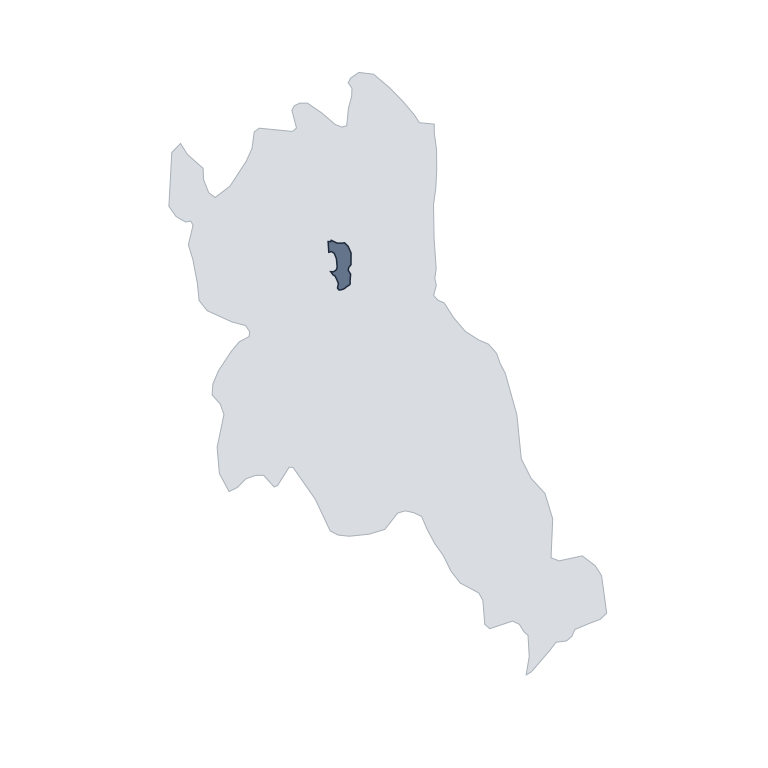 where Dobrova-Polhov Gradec sits in Slovenia, rotated 80°
{"feature_id": "SVN-204", "entity_name": "Dobrova-Polhov Gradec", "entity_type": "Municipality", "adm_level": 1, "iso_a3": "SVN", "parent_name": "Slovenia", "parent_adm1": "", "projection": "natural_earth1", "projection_center": [14.336, 46.06], "detail": "fine", "context": "in_parent", "style": "filled", "palette": "slate", "viewbox_px": 768, "rotation_deg": 80, "n_neighbors": 0, "source": "natural_earth", "source_scale": "10m", "svg_char_len": 2345}
<svg xmlns="http://www.w3.org/2000/svg" viewBox="0 0 768 768"><g transform="rotate(80 384 384)"><path d="M695.2,294.5L677.6,288.3L656.5,285.8L652.5,289.1L644.1,292.5L639.8,298.5L643.3,322.4L638.2,326.5L614.2,324.2L606.3,326.9L593.3,343.5L580.0,350.5L563.0,355.5L550.5,361.5L534.6,366.8L521.1,369.9L515.8,377.2L512.6,385.2L513.5,393.0L527.3,408.3L529.3,424.7L527.9,444.7L524.8,455.4L519.4,462.5L485.5,471.7L450.3,488.1L449.5,491.9L465.6,506.5L466.3,510.1L453.0,518.4L451.7,526.7L453.3,536.4L460.4,546.3L463.0,555.2L443.6,561.7L417.3,559.3L386.2,546.9L375.4,548.7L364.8,555.2L354.0,552.4L342.2,544.7L325.4,528.8L317.2,519.1L313.9,508.7L309.3,507.1L302.4,510.2L296.6,522.8L281.1,545.4L269.7,551.6L252.4,550.3L228.1,550.6L213.0,552.5L194.5,544.5L190.0,546.0L190.0,551.3L183.1,559.6L171.7,565.0L119.2,552.8L111.8,542.6L123.7,537.8L140.2,524.7L151.3,526.2L165.1,523.4L171.0,517.9L162.4,501.3L140.6,480.9L129.1,473.1L113.2,468.0L110.4,462.5L119.4,430.3L116.7,425.7L98.5,427.2L94.3,423.8L92.8,418.2L94.1,410.6L106.4,398.1L120.0,387.0L123.7,380.8L123.2,375.9L105.8,371.0L95.3,365.9L87.0,364.2L81.2,367.0L77.0,363.8L72.8,354.6L77.1,340.5L92.8,327.4L109.6,315.9L124.3,307.4L132.8,303.8L136.8,289.4L145.5,290.9L162.9,291.6L182.2,294.9L200.2,299.0L216.0,304.1L249.3,309.4L279.6,312.6L288.7,315.6L296.2,315.4L305.3,319.8L310.8,316.4L314.7,310.6L331.2,303.7L346.4,294.7L357.0,283.2L362.9,274.2L373.4,267.8L384.5,265.9L394.6,262.7L437.5,258.5L481.5,261.8L502.5,255.5L519.7,244.5L545.0,241.4L546.3,241.3L584.2,249.7L587.0,244.8L588.6,242.6L587.7,218.6L599.6,207.6L610.6,203.0L648.3,204.5L653.3,211.9L655.4,223.3L658.9,238.7L665.2,242.9L668.7,248.9L668.2,259.5L675.6,267.5L693.1,288.9L695.2,294.5Z" fill="#d9dde1" stroke="#a8b0b8" stroke-width="1"/><path d="M281.4,413.2L278.1,411.8L277.1,411.5L272.7,412.4L269.0,413.6L267.6,415.3L264.1,417.0L264.4,415.7L264.6,415.0L264.6,414.2L264.3,413.2L263.2,411.1L261.9,410.3L260.4,409.8L252.3,409.1L247.2,410.2L246.4,410.5L244.5,412.6L244.7,415.5L234.0,414.3L234.5,411.8L233.3,411.0L237.3,405.4L237.4,403.7L237.9,402.0L238.1,398.3L242.3,395.4L249.3,393.7L260.8,395.8L262.4,397.7L263.4,398.6L265.8,399.5L270.1,397.8L277.3,399.7L278.6,399.7L279.8,400.1L280.4,400.8L282.1,404.7L282.6,405.3L283.1,406.4L283.6,407.9L283.8,410.2L283.7,411.4L283.5,412.1L281.4,413.2Z" fill="#64748b" stroke="#1e293b" stroke-width="1.5"/></g></svg>